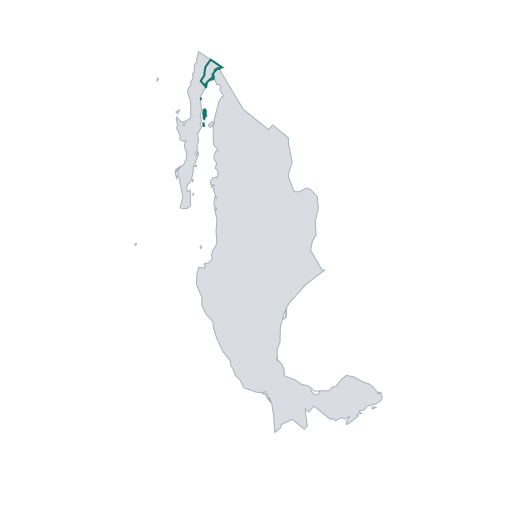 location of Mexicali, Baja California, Mexico, rotated 39°
{"feature_id": "50627088B84599572497035", "entity_name": "Mexicali", "entity_type": "district", "adm_level": 2, "iso_a3": "MEX", "parent_name": "Mexico", "parent_adm1": "Baja California", "projection": "robinson", "projection_center": [-113.946, 30.648], "detail": "fine", "context": "in_parent", "style": "outline", "palette": "teal", "viewbox_px": 512, "rotation_deg": 39, "n_neighbors": 0, "source": "geoboundaries", "source_scale": "gbopen_adm2", "svg_char_len": 7281}
<svg xmlns="http://www.w3.org/2000/svg" viewBox="0 0 512 512"><g transform="rotate(39 256 256)"><path d="M82.9,133.3L110.7,130.8L109.4,133.7L153.5,150.0L186.4,149.9L186.3,143.7L206.8,143.8L210.4,148.2L225.0,160.2L228.8,170.2L231.4,174.1L245.0,182.0L249.2,179.0L252.3,171.6L256.3,170.0L266.0,171.3L274.3,179.5L280.0,191.3L289.6,202.0L290.4,208.8L294.8,217.2L315.6,225.1L318.2,223.9L312.8,245.6L311.4,271.5L312.5,277.0L318.0,284.5L317.0,288.5L317.2,284.5L312.6,278.1L314.2,284.0L319.9,296.2L328.9,307.9L331.1,315.1L337.4,322.5L335.7,322.3L339.3,324.1L338.1,323.0L344.6,324.0L349.3,326.5L353.4,331.3L364.2,327.7L372.2,327.2L377.5,324.3L383.0,323.8L384.2,324.8L383.8,326.3L388.4,327.3L391.4,325.0L390.5,321.2L389.0,322.1L389.4,321.4L397.5,315.0L397.9,309.8L400.2,306.8L400.0,298.4L401.3,292.1L407.6,288.5L418.7,286.6L423.5,284.4L429.0,284.0L438.1,286.1L438.8,284.7L436.4,284.7L439.5,283.7L443.2,286.5L444.0,290.2L442.4,295.2L436.8,302.9L436.8,308.0L433.9,311.1L434.5,312.2L437.1,311.8L434.4,315.0L434.5,316.3L436.3,315.9L433.2,328.7L432.3,329.9L430.3,327.0L429.7,322.1L427.2,327.1L424.5,327.5L421.3,334.1L417.4,334.0L417.2,336.2L395.2,336.2L395.4,343.9L390.4,343.9L402.7,355.8L402.5,360.2L387.0,360.2L381.7,371.2L383.3,374.0L381.6,381.2L370.0,368.8L360.8,360.5L355.2,357.3L354.6,358.1L359.8,360.9L351.7,358.4L352.2,356.4L350.2,357.2L348.8,355.4L347.4,357.4L350.1,358.3L346.1,358.8L342.2,361.5L329.7,366.0L321.5,362.4L314.6,361.7L309.9,358.4L305.3,357.0L302.3,353.8L291.1,351.3L277.1,344.6L267.9,338.4L264.0,334.2L254.6,332.8L245.7,329.1L239.9,322.2L227.6,315.6L221.0,306.4L218.6,300.7L223.5,298.1L222.7,295.7L220.5,294.9L223.7,290.6L223.9,285.5L221.2,283.8L218.6,278.7L218.6,274.0L216.8,269.8L209.4,262.0L203.0,252.6L193.0,244.4L195.9,246.0L196.0,244.2L190.8,242.5L186.8,236.0L189.6,236.2L181.9,231.9L180.8,229.7L177.9,230.5L177.4,229.5L179.6,227.0L175.9,229.0L173.7,227.1L173.1,222.9L175.8,219.2L176.8,219.9L174.8,216.0L172.4,213.6L169.2,213.7L166.9,208.5L162.9,207.3L160.6,205.1L158.9,200.6L159.9,197.7L152.9,196.2L140.6,181.7L139.9,178.3L138.1,177.2L130.1,159.3L129.4,153.8L130.2,152.0L123.5,149.7L121.9,146.8L119.7,145.8L117.4,147.4L108.3,142.0L109.9,145.5L108.8,152.3L110.9,157.7L112.7,167.9L122.0,176.9L125.0,183.0L126.3,182.7L127.1,184.6L128.4,184.8L129.7,188.7L132.4,189.9L134.0,198.2L138.8,202.4L140.4,207.0L142.6,208.5L144.3,214.0L146.2,215.4L145.1,211.2L147.8,213.6L151.1,226.3L154.2,229.9L158.4,239.0L157.8,242.8L158.7,246.2L162.2,249.5L163.4,246.2L173.5,258.1L172.6,262.5L168.8,265.8L166.6,266.2L162.3,256.4L146.6,243.3L145.1,243.5L141.9,239.3L141.3,236.6L142.1,230.4L140.7,224.6L138.3,220.4L130.6,215.3L129.0,210.3L127.7,212.5L123.8,213.4L121.0,210.0L113.8,206.6L112.7,203.6L107.4,199.4L106.9,198.0L112.4,198.8L115.6,197.5L115.5,198.9L118.3,200.3L117.2,196.9L116.0,196.7L118.5,189.9L108.1,177.2L99.5,171.6L98.0,168.8L97.9,164.0L95.8,162.5L95.1,157.1L92.4,154.8L91.9,151.6L88.2,146.7L87.5,144.3L88.7,142.7L86.1,140.7L82.9,133.3ZM140.2,181.9L139.3,185.2L136.5,184.1L137.6,179.2L139.2,178.7L140.2,181.9ZM129.0,181.3L125.0,177.8L123.9,174.1L125.9,175.3L126.4,177.3L128.4,177.8L129.0,181.3ZM442.5,301.9L441.5,300.8L441.9,299.3L444.5,298.1L442.5,301.9ZM142.1,243.4L139.3,240.0L140.9,233.2L140.5,239.3L142.1,243.4ZM105.3,194.8L103.2,194.4L104.6,190.7L105.6,193.4L105.3,194.8ZM69.4,182.8L67.5,180.5L67.9,179.4L68.6,179.5L69.4,182.8ZM144.5,243.5L146.2,246.2L142.6,243.6L144.5,243.5ZM208.5,283.9L208.1,285.0L207.2,284.5L206.8,282.7L208.5,283.9ZM159.4,236.6L160.1,238.6L158.2,236.0L159.4,236.6ZM152.4,222.8L153.4,223.7L151.9,225.6L152.4,222.8ZM156.1,323.4L155.3,323.7L154.3,322.9L155.2,321.7L156.1,323.4ZM386.9,323.8L384.9,324.3L388.3,323.2L386.9,323.8ZM169.0,248.4L168.0,248.2L167.8,246.2L169.0,248.4Z" fill="#d9dde1" stroke="#a8b0b8" stroke-width="1"/><path d="M110.9,156.3L110.9,156.1L110.8,155.9L110.8,155.7L110.7,155.3L109.7,154.8L109.5,154.6L109.4,154.5L109.5,154.5L109.4,154.5L109.4,154.4L109.4,154.1L109.5,153.9L109.6,153.7L109.4,153.6L109.2,153.4L109.0,153.2L108.8,152.8L108.7,152.4L108.7,152.1L108.8,151.2L108.8,150.9L108.7,150.8L108.8,150.7L108.9,150.4L108.9,150.2L108.9,149.6L108.9,149.4L108.9,149.0L109.0,148.9L109.0,148.7L109.2,148.1L109.1,147.5L109.3,146.8L109.4,146.6L109.5,146.4L109.6,146.0L109.8,146.0L110.0,145.8L110.0,145.7L110.0,145.3L109.9,145.0L109.8,144.8L109.6,144.4L109.6,144.0L109.7,143.5L109.7,143.2L109.3,142.5L109.2,142.5L108.8,142.4L108.5,142.5L108.5,142.4L108.2,142.2L108.1,141.9L107.9,141.8L107.9,140.7L108.0,140.1L107.6,138.6L107.8,138.2L107.5,137.9L107.4,137.8L107.0,137.4L106.9,137.3L106.9,137.2L107.0,137.1L107.0,136.9L107.2,136.7L107.4,136.5L107.4,136.4L107.6,136.4L107.6,136.2L107.9,136.0L108.0,135.8L107.9,135.6L107.9,135.4L107.9,135.2L108.0,135.3L108.0,135.2L108.1,134.9L108.2,134.7L108.3,134.6L108.2,134.4L108.2,134.2L108.3,134.0L108.6,134.0L108.7,133.9L108.8,133.9L109.0,133.9L109.0,134.0L109.3,134.1L109.5,134.0L109.7,133.9L109.7,133.7L109.8,133.4L109.8,133.2L109.9,132.9L109.7,133.0L109.7,132.9L109.8,132.5L109.8,132.4L109.7,132.3L109.7,132.1L109.8,132.1L110.0,132.1L110.1,131.9L110.3,131.8L110.3,131.7L110.5,131.3L110.6,131.1L110.7,130.9L110.8,130.8L103.0,131.4L97.3,131.9L97.3,132.5L97.4,135.3L97.7,140.8L101.0,146.7L102.1,147.8L102.9,154.8L110.9,156.3ZM124.8,174.4L124.6,174.4L124.7,174.5L124.4,174.6L124.2,174.6L124.3,174.5L124.1,174.6L124.1,174.8L124.2,175.0L124.2,175.3L124.0,175.5L123.9,175.7L123.9,175.8L123.8,176.0L123.9,176.3L124.1,176.5L124.3,176.7L124.3,176.8L124.5,177.0L124.7,177.4L124.8,177.5L124.9,177.8L125.0,178.0L125.3,178.2L125.5,178.2L125.7,178.4L125.8,178.4L125.8,178.5L125.9,178.8L126.0,179.0L126.3,179.3L126.5,179.4L126.6,179.6L126.9,179.8L127.0,179.8L127.1,180.0L127.3,180.0L127.5,180.2L127.6,180.5L127.8,180.7L127.9,180.9L127.9,181.0L128.0,181.1L128.3,181.3L128.5,181.3L128.6,181.6L129.0,181.8L129.2,182.0L129.4,182.2L129.5,182.2L129.5,181.6L129.6,181.2L129.6,181.3L129.4,181.2L129.1,181.1L129.0,180.9L129.0,180.7L128.9,180.6L128.8,180.2L128.8,179.6L128.9,179.4L128.8,179.1L128.8,178.9L128.8,178.6L128.8,178.4L128.9,178.2L128.7,178.1L128.3,178.0L128.1,178.0L127.9,178.1L127.7,178.1L127.4,178.1L127.1,178.0L126.8,177.9L126.5,177.8L126.5,177.7L126.5,177.2L126.6,176.9L126.8,176.7L126.6,176.6L126.6,176.4L126.5,176.2L126.4,176.0L126.4,175.9L126.3,175.7L126.2,175.7L125.9,175.5L125.9,175.3L125.9,175.2L125.7,175.0L125.5,174.9L125.3,174.8L125.2,174.8L125.2,174.7L124.9,174.6L124.8,174.4L124.8,174.4ZM110.4,143.4L110.3,143.2L110.2,143.2L109.8,143.2L109.8,143.4L109.8,143.7L109.8,143.9L109.8,144.2L109.9,144.4L110.2,144.7L110.5,144.9L110.7,145.0L110.8,145.1L111.0,145.0L111.0,144.9L110.8,144.7L111.0,144.8L111.1,145.0L111.3,145.0L111.5,145.1L111.5,144.9L111.3,144.5L110.8,144.1L110.6,143.8L110.4,143.4L110.5,143.5L110.4,143.4ZM132.3,186.5L132.1,186.4L132.1,186.5L132.3,186.6L132.3,186.8L132.5,186.9L132.5,187.0L132.8,187.1L133.1,187.3L133.3,187.5L133.3,187.8L133.5,187.8L133.7,187.6L133.4,187.4L133.2,187.1L132.7,186.7L132.4,186.5L132.3,186.5ZM110.4,147.1L110.3,146.8L110.1,146.7L110.1,146.8L110.1,147.0L110.3,147.2L110.4,147.1ZM114.2,168.4L114.2,168.5L114.3,168.8L114.2,168.9L114.3,168.8L114.5,168.8L114.5,168.7L114.4,168.5L114.2,168.4ZM131.3,185.7L131.2,185.7L131.3,185.7L131.3,185.8L131.5,185.9L131.4,185.8L131.3,185.7ZM130.4,183.4L130.3,183.5L130.4,183.4Z" fill="none" stroke="#0f766e" stroke-width="2"/></g></svg>